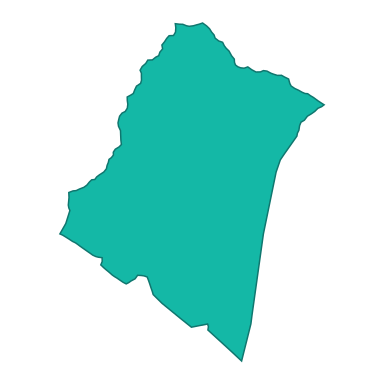 Olindina, Bahia, Brazil (orthographic projection)
{"feature_id": "56859067B31998944625923", "entity_name": "Olindina", "entity_type": "district", "adm_level": 2, "iso_a3": "BRA", "parent_name": "Brazil", "parent_adm1": "Bahia", "projection": "orthographic", "projection_center": [-38.373, -11.445], "detail": "fine", "context": "isolated", "style": "filled", "palette": "teal", "viewbox_px": 384, "rotation_deg": 0, "n_neighbors": 0, "source": "geoboundaries", "source_scale": "gbopen_adm2", "svg_char_len": 2225}
<svg xmlns="http://www.w3.org/2000/svg" viewBox="0 0 384 384"><path d="M324.1,104.8L321.6,103.2L317.8,100.7L313.5,97.5L310.3,95.6L307.7,93.7L305.0,93.5L302.0,92.2L298.7,90.3L294.8,88.5L291.1,86.0L289.8,83.4L288.6,79.0L284.5,77.0L281.5,75.3L277.4,75.4L273.6,74.2L270.9,73.2L267.0,71.1L263.4,70.6L260.5,71.9L256.0,72.0L251.7,69.7L247.8,66.9L244.1,68.2L240.6,67.8L237.9,66.8L235.5,65.0L234.5,62.4L234.3,59.1L231.6,55.8L229.0,51.0L226.2,48.3L224.3,45.8L222.6,42.3L218.6,40.9L215.1,38.1L214.1,35.0L211.7,32.2L209.5,28.7L206.6,25.9L202.6,23.0L199.1,24.2L196.4,24.9L193.3,25.8L189.2,26.3L186.6,25.8L182.8,24.3L179.5,24.2L175.3,23.7L175.8,27.8L175.5,32.1L173.5,35.5L169.1,35.7L166.7,38.4L164.5,41.8L161.9,45.0L162.6,48.9L159.9,52.1L158.7,55.7L155.7,57.2L152.4,59.9L147.8,60.1L145.7,63.5L142.2,66.5L140.1,70.2L141.4,73.2L141.4,76.1L141.5,80.2L140.6,83.4L136.5,86.1L134.8,89.7L133.3,93.5L130.9,95.0L127.2,97.0L127.3,100.7L127.8,104.2L127.3,108.2L125.2,111.5L122.0,113.1L119.6,116.2L118.7,119.6L118.0,122.9L118.5,126.3L120.5,130.6L120.7,135.9L120.9,140.3L121.4,144.5L119.1,146.9L115.3,149.2L113.3,152.2L113.4,155.1L111.3,157.7L109.0,159.4L108.3,162.5L107.1,165.4L106.4,168.8L103.7,172.1L99.6,174.7L96.7,176.9L94.8,179.5L91.7,179.8L89.4,182.0L86.9,185.1L83.9,187.3L79.5,189.0L76.2,190.6L73.0,190.9L68.8,192.5L69.0,197.5L68.6,201.9L68.3,205.1L68.8,207.9L69.9,210.5L65.8,223.5L59.9,233.9L62.6,235.1L65.4,236.8L69.2,239.2L72.5,241.4L75.4,242.8L77.7,244.4L80.2,246.3L83.9,248.9L87.3,251.3L90.2,253.3L92.7,255.1L95.7,256.5L98.3,257.2L102.1,257.7L102.2,261.5L100.8,264.9L103.6,267.6L105.9,269.6L108.0,271.3L110.1,273.1L112.1,274.9L114.5,276.6L117.0,278.1L120.3,280.4L123.1,282.3L126.2,283.9L128.6,282.7L131.0,281.0L135.1,278.8L137.6,275.3L141.4,275.5L144.1,275.9L147.2,277.0L148.7,280.9L149.8,284.1L151.0,287.8L152.3,291.5L153.2,294.6L162.1,303.4L180.8,318.7L191.4,327.2L207.6,324.0L208.4,326.6L207.9,330.0L230.0,350.2L241.6,361.0L243.9,351.8L246.7,340.7L250.9,323.9L252.0,315.2L262.5,240.3L263.4,233.9L276.1,172.1L280.3,159.9L284.5,153.7L296.9,136.1L297.4,133.2L298.9,130.2L299.6,125.6L301.0,122.2L304.4,120.2L307.4,116.2L311.4,113.8L314.8,111.4L317.9,108.3L321.6,106.7L324.1,104.8Z" fill="#14b8a6" stroke="#0f766e" stroke-width="1.5"/></svg>